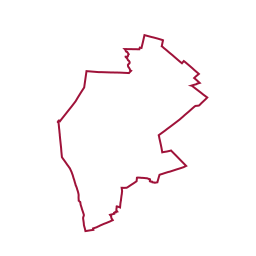 outline of Sanandrei, Timis, Romania, rotated 60°
{"feature_id": "2599482B6539114873725", "entity_name": "Sanandrei", "entity_type": "district", "adm_level": 2, "iso_a3": "ROU", "parent_name": "Romania", "parent_adm1": "Timis", "projection": "mercator", "projection_center": [21.197, 45.88], "detail": "fine", "context": "isolated", "style": "outline", "palette": "rose", "viewbox_px": 256, "rotation_deg": 60, "n_neighbors": 0, "source": "geoboundaries", "source_scale": "gbopen_adm2", "svg_char_len": 5313}
<svg xmlns="http://www.w3.org/2000/svg" viewBox="0 0 256 256"><g transform="rotate(60 128 128)"><path d="M196.0,216.4L196.6,214.9L197.7,211.9L198.6,209.7L198.9,208.9L197.5,208.5L197.9,206.6L198.1,205.7L198.3,204.7L198.3,204.3L198.3,203.8L198.4,202.9L198.5,201.8L198.5,200.9L198.7,199.3L198.8,198.3L199.0,196.6L199.4,194.3L199.7,191.9L199.9,190.6L200.0,188.9L200.2,187.3L199.8,187.3L199.6,187.3L199.4,187.3L199.1,187.4L198.9,187.4L198.5,187.5L198.3,187.4L198.0,187.4L197.8,187.4L197.4,187.3L197.1,187.2L196.8,187.1L196.5,187.0L196.3,186.9L196.1,186.9L196.0,186.7L195.9,186.6L195.7,186.6L195.4,186.7L195.1,186.5L194.8,186.6L194.7,186.7L194.6,186.8L194.4,187.0L194.2,187.0L194.3,186.6L194.7,185.3L195.4,182.8L194.5,182.4L194.9,181.0L194.4,180.9L194.4,180.7L194.8,179.8L195.0,179.1L193.4,179.2L192.8,178.8L192.5,178.6L192.3,178.5L192.1,178.3L191.7,178.0L191.2,177.6L190.2,177.0L190.2,176.9L190.5,176.6L190.8,176.3L191.3,175.9L192.1,175.2L192.4,174.9L192.8,174.6L190.4,172.9L189.6,172.3L189.1,172.0L188.7,171.6L188.2,171.2L187.8,170.9L187.5,170.6L187.2,170.3L186.7,170.0L183.4,167.5L182.1,166.4L180.4,165.2L179.9,164.8L179.8,164.7L179.6,164.6L176.6,163.4L177.9,161.3L179.0,159.2L179.1,158.5L179.1,158.0L179.1,157.9L179.0,156.6L178.8,153.6L178.7,151.0L178.5,148.4L178.4,147.2L176.5,145.8L175.5,145.1L175.5,144.9L176.4,143.4L177.4,141.9L177.6,141.7L178.0,141.1L178.4,140.4L179.1,139.4L179.5,138.8L180.0,138.2L180.4,137.6L180.6,137.4L180.7,137.1L180.9,136.9L181.2,136.5L181.3,136.4L181.5,136.2L182.5,135.6L182.6,135.3L182.9,135.1L183.0,134.9L183.2,134.7L183.4,134.6L183.7,134.7L183.8,134.8L184.0,134.9L184.1,135.1L184.3,135.3L184.5,135.4L184.6,135.5L184.8,135.6L185.0,135.7L185.3,135.6L185.6,135.4L185.9,134.8L186.1,134.6L186.2,134.3L186.3,134.2L186.5,134.0L186.6,133.9L186.8,133.9L187.1,134.0L187.2,133.8L187.3,133.7L187.5,133.7L187.8,133.4L187.9,133.2L188.1,132.9L188.2,132.6L188.8,132.2L189.0,131.7L189.2,131.2L189.3,130.8L189.4,130.5L189.6,129.9L189.7,129.7L188.3,128.3L185.6,125.5L184.3,124.1L184.6,122.4L184.8,121.8L185.3,119.3L185.9,116.6L186.2,115.2L186.6,114.0L186.8,113.2L187.3,110.8L187.9,108.0L188.0,107.4L188.7,104.3L189.1,102.5L189.7,99.5L189.9,96.6L182.9,98.4L176.6,100.0L169.0,102.0L169.0,102.3L168.8,102.9L167.8,106.1L166.5,109.5L166.2,110.5L162.1,109.0L159.1,108.0L154.7,106.6L152.4,105.9L150.8,105.3L149.9,105.1L149.6,105.0L149.4,103.2L148.8,97.4L148.4,94.6L148.0,90.9L147.4,86.1L146.5,79.1L145.9,76.1L145.8,75.4L145.1,72.2L144.2,67.2L143.3,62.9L142.8,60.3L142.7,59.7L142.6,59.3L142.7,58.7L142.7,58.3L142.9,57.9L143.2,57.3L143.9,55.7L144.0,55.3L144.0,54.9L143.9,54.6L143.5,53.1L143.3,52.5L142.5,49.1L141.8,46.1L141.5,45.1L141.3,44.4L141.2,44.1L136.7,46.1L134.1,47.1L130.0,48.8L127.4,49.9L123.4,51.5L123.0,51.9L123.5,49.7L124.3,46.7L124.2,46.5L124.1,46.3L124.8,43.4L120.9,44.6L117.8,45.7L117.2,43.2L116.6,39.6L115.1,40.1L110.9,41.6L108.6,42.3L104.3,43.8L99.3,45.6L97.9,46.2L98.9,48.9L98.1,49.2L97.2,49.6L93.8,50.8L89.2,52.4L87.1,53.1L83.7,54.4L79.7,55.8L76.6,57.0L74.3,57.7L74.1,57.9L71.7,55.8L69.5,53.8L69.3,53.9L67.0,56.1L65.4,57.6L64.1,58.9L62.2,60.8L61.2,61.9L59.9,63.2L58.0,65.1L57.1,66.0L55.8,67.3L60.9,72.0L65.4,76.3L64.3,77.6L65.5,78.8L60.3,87.5L58.0,91.4L58.4,91.3L58.7,91.2L59.0,91.2L59.3,91.2L59.6,91.3L59.9,91.4L60.1,91.4L60.5,91.4L60.8,91.4L61.0,91.3L61.2,91.2L61.4,91.1L61.5,90.9L61.6,90.7L64.4,90.5L64.5,90.5L64.6,90.8L64.7,91.1L64.8,91.4L65.1,91.6L65.5,91.9L65.7,92.2L65.9,92.5L66.0,92.7L65.0,94.4L65.1,94.5L65.5,94.5L65.7,94.4L66.1,94.3L66.5,94.2L66.8,94.1L67.1,94.1L67.3,94.0L67.5,94.0L68.1,94.0L68.6,94.0L68.9,94.1L69.2,94.1L69.5,94.0L69.8,93.9L70.1,93.7L70.3,93.6L70.6,93.6L70.9,93.6L71.2,93.6L71.5,93.6L71.8,93.7L72.0,93.8L72.4,94.0L72.6,94.3L72.6,94.5L72.8,94.7L72.8,95.0L72.9,95.3L73.0,95.9L73.2,96.3L73.3,96.5L73.5,96.6L73.9,96.8L74.3,97.0L74.8,97.1L75.1,97.2L75.4,97.1L76.1,97.0L76.4,97.0L76.8,97.0L77.2,97.0L77.9,97.0L78.3,97.1L78.6,97.2L78.9,97.3L79.1,97.2L80.0,96.7L80.6,99.0L80.9,99.7L78.9,102.8L75.8,107.6L71.0,115.6L67.0,122.0L65.3,124.8L65.2,125.1L58.0,135.5L71.0,145.7L73.6,150.8L76.5,156.2L78.7,160.1L81.1,165.9L84.0,173.3L84.1,173.5L87.1,181.1L88.1,183.5L87.3,183.7L87.2,183.7L87.1,183.8L86.9,184.1L87.0,184.4L87.0,184.6L87.3,185.1L87.6,185.6L87.7,185.8L87.8,185.8L87.9,185.7L88.0,185.6L88.1,185.4L88.4,185.4L89.0,185.7L89.4,185.8L94.2,188.0L95.4,188.5L98.2,189.8L99.2,190.2L99.6,190.4L99.9,190.6L101.5,191.3L103.0,192.0L106.6,193.6L111.8,195.9L114.1,197.0L114.9,197.4L120.2,199.8L122.0,199.7L122.7,199.6L125.6,199.3L130.4,198.9L130.6,198.8L133.4,198.6L133.7,198.5L134.2,198.5L134.6,198.6L135.9,198.7L137.0,198.8L138.1,198.9L139.6,199.2L140.9,199.4L141.4,199.5L142.2,199.7L144.1,200.2L145.8,200.5L148.9,201.3L149.9,201.5L151.3,201.9L151.6,201.9L151.8,202.0L152.0,202.0L152.3,202.0L152.5,202.0L152.9,202.1L153.2,202.1L154.1,202.3L154.7,202.4L155.1,202.5L155.4,202.6L156.2,202.8L156.9,202.9L158.5,203.3L158.9,203.4L160.1,203.8L160.5,203.9L161.4,204.3L163.5,205.6L165.5,206.6L166.2,206.9L166.3,207.0L166.5,206.9L167.0,206.8L167.6,206.7L167.8,206.6L168.1,206.4L168.4,206.4L168.6,206.5L169.3,206.8L170.8,207.4L174.1,208.1L175.1,208.4L178.2,209.0L181.0,209.6L181.4,209.8L181.7,210.0L183.0,211.5L183.4,211.8L183.9,212.1L184.4,212.3L184.6,212.4L185.9,212.9L188.1,213.8L190.0,214.7L191.4,215.1L193.8,215.7L196.0,216.4Z" fill="none" stroke="#9f1239" stroke-width="2"/></g></svg>